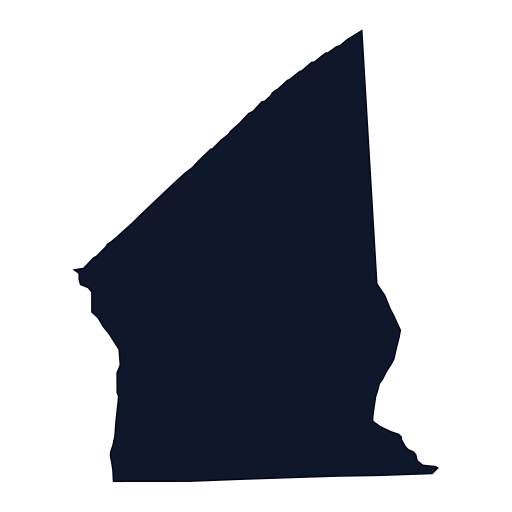 the district of Arlit, Agadez, Niger
{"feature_id": "23599985B35740417673211", "entity_name": "Arlit", "entity_type": "district", "adm_level": 2, "iso_a3": "NER", "parent_name": "Niger", "parent_adm1": "Agadez", "projection": "albers", "projection_center": [7.12, 19.518], "detail": "fine", "context": "isolated", "style": "filled", "palette": "ink", "viewbox_px": 512, "rotation_deg": 0, "n_neighbors": 0, "source": "geoboundaries", "source_scale": "gbopen_adm2", "svg_char_len": 1364}
<svg xmlns="http://www.w3.org/2000/svg" viewBox="0 0 512 512"><path d="M378.0,475.4L432.1,473.5L437.7,468.0L435.3,466.6L422.7,465.3L417.1,460.7L415.7,454.7L413.1,451.8L408.3,449.8L405.2,446.6L401.5,439.8L401.1,436.9L398.7,434.4L390.4,431.6L379.7,426.4L372.6,421.2L372.8,416.0L373.7,409.1L375.6,396.5L377.5,390.8L379.3,383.5L382.3,379.5L386.4,371.4L391.3,363.8L393.8,359.1L396.7,346.4L399.0,337.5L400.3,330.2L394.0,316.4L389.9,308.4L384.6,295.3L376.8,283.8L361.8,30.7L347.6,39.4L340.1,45.6L336.5,46.8L327.6,53.1L326.0,53.0L321.8,56.1L314.5,62.0L311.7,62.4L301.8,70.9L299.6,71.6L289.8,79.4L287.4,80.5L277.8,89.3L275.3,90.6L272.2,93.2L271.2,95.3L264.9,101.2L261.6,102.1L253.3,111.2L249.0,113.4L243.1,119.5L239.6,123.3L230.3,131.6L229.4,133.5L225.1,137.1L221.0,140.3L212.6,148.9L210.8,149.2L198.8,160.8L192.1,167.9L185.3,173.0L174.0,183.3L151.2,204.9L141.3,214.3L131.5,224.0L122.9,231.6L117.0,237.0L110.8,242.2L107.5,244.2L105.6,247.2L96.6,256.3L93.6,257.9L83.6,268.4L74.3,269.9L79.1,273.3L79.2,279.6L80.6,284.5L88.3,287.6L91.9,292.1L91.9,312.0L98.1,317.7L103.2,326.4L109.4,334.1L119.1,349.4L120.3,365.0L117.1,372.8L117.2,392.6L118.6,396.0L118.2,401.7L116.0,421.5L115.0,435.8L113.0,445.2L110.7,452.1L110.5,456.2L111.7,462.0L112.9,470.0L113.5,481.3L189.4,481.2L238.6,479.3L307.1,477.0L339.3,476.0L378.0,475.4Z" fill="#0f172a" stroke="#020617" stroke-width="1.5"/></svg>